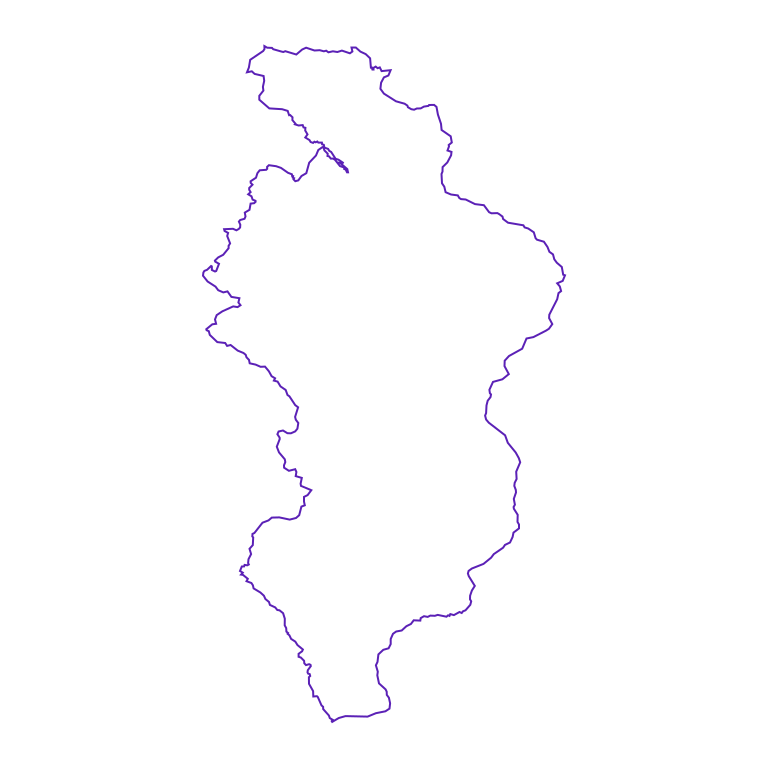 Jina, Sibiu, Romania
{"feature_id": "2599482B21479866695971", "entity_name": "Jina", "entity_type": "district", "adm_level": 2, "iso_a3": "ROU", "parent_name": "Romania", "parent_adm1": "Sibiu", "projection": "natural_earth1", "projection_center": [23.667, 45.651], "detail": "fine", "context": "isolated", "style": "outline", "palette": "violet", "viewbox_px": 768, "rotation_deg": 0, "n_neighbors": 0, "source": "geoboundaries", "source_scale": "gbopen_adm2", "svg_char_len": 6062}
<svg xmlns="http://www.w3.org/2000/svg" viewBox="0 0 768 768"><path d="M561.8,267.0L556.8,262.7L554.3,259.3L553.0,254.4L549.4,251.8L547.5,247.0L543.9,241.7L537.0,239.7L535.6,238.2L533.8,232.3L528.2,228.5L524.6,227.4L523.4,225.3L508.0,222.7L503.1,219.0L502.5,216.6L499.0,214.0L497.4,213.1L491.5,213.3L489.1,212.2L483.9,205.2L475.0,204.1L465.7,199.5L461.0,199.1L459.3,198.0L457.8,195.4L451.0,194.5L445.6,192.2L444.3,186.7L442.0,183.3L441.5,174.0L442.5,171.6L442.6,167.1L447.3,162.5L451.1,155.3L451.5,151.9L447.5,150.5L449.0,146.4L448.7,145.0L451.8,142.5L450.7,136.3L441.6,130.0L441.0,123.8L437.9,114.5L436.5,106.9L434.1,104.9L429.1,105.0L428.4,105.9L423.9,106.6L420.7,108.4L416.8,108.5L414.1,109.7L411.3,109.2L407.9,107.2L407.4,105.6L404.6,103.7L396.0,101.3L383.9,93.6L380.4,88.8L381.1,82.7L383.9,77.4L388.4,75.5L390.6,70.2L381.6,71.1L379.8,67.4L377.6,68.2L375.7,66.6L373.4,67.9L373.5,69.5L372.4,69.5L371.8,67.5L370.9,67.6L370.1,58.3L365.7,54.1L360.4,51.6L355.8,47.5L351.5,47.5L352.4,51.5L349.9,53.3L341.9,50.6L337.4,52.0L332.9,51.3L328.4,52.3L326.2,50.7L323.9,51.3L319.7,50.2L314.5,50.5L306.1,47.7L302.2,49.5L296.3,54.5L285.3,51.2L283.3,52.0L281.6,51.6L273.2,49.2L272.0,47.9L267.2,47.7L264.4,46.1L264.5,49.0L263.2,51.0L250.2,59.8L248.9,67.5L247.0,72.3L251.8,71.3L254.6,73.9L263.6,76.0L264.2,80.8L262.9,86.9L263.4,90.6L259.3,95.8L259.3,99.7L269.3,108.4L282.1,109.2L287.7,110.9L289.1,115.2L290.1,115.0L292.5,117.3L292.4,120.1L295.7,124.0L295.2,124.4L298.6,125.5L302.7,125.1L303.5,127.4L305.4,127.8L305.2,130.5L307.5,134.4L305.3,137.5L309.5,140.1L310.6,142.0L313.1,142.9L314.4,141.7L315.7,142.3L317.3,141.5L318.3,142.6L321.9,142.6L322.1,144.3L323.8,144.8L324.2,146.5L323.3,147.2L328.1,148.9L329.2,150.8L331.2,152.0L335.6,158.8L338.5,159.7L343.7,163.2L341.8,162.1L340.1,162.1L341.9,163.0L340.0,162.8L347.3,169.1L348.0,172.3L347.0,172.3L345.7,169.6L344.2,169.0L344.2,167.5L340.0,166.1L335.0,159.8L333.1,158.6L330.8,158.6L329.1,156.4L327.5,156.0L327.7,153.7L324.4,150.4L323.6,147.8L322.5,147.1L318.3,150.0L316.0,155.5L309.2,162.7L306.3,173.2L301.5,176.0L298.3,180.4L295.3,181.2L293.5,179.3L294.1,178.2L292.9,177.7L293.1,176.2L292.2,176.3L291.9,174.3L288.0,172.8L281.0,167.9L276.1,166.2L268.9,165.2L267.1,166.9L267.2,168.8L266.2,169.8L259.7,170.3L257.4,173.2L256.0,177.7L250.6,181.3L250.7,182.9L252.5,184.7L249.2,188.0L249.2,189.8L250.6,192.1L248.2,194.3L251.5,196.3L252.6,199.6L255.5,200.8L255.6,201.8L254.1,203.2L250.6,203.6L249.5,209.8L244.8,212.6L245.5,216.5L244.5,218.8L240.2,220.0L238.9,221.6L240.3,224.7L240.1,227.5L238.7,229.0L236.4,230.3L233.0,228.8L224.1,229.2L224.6,231.0L228.1,232.9L227.2,236.0L230.1,243.4L228.6,245.8L228.6,248.2L223.2,254.8L218.2,257.4L214.9,260.6L215.2,261.6L219.0,263.8L216.2,271.0L215.0,271.5L211.9,270.0L211.8,266.4L211.1,266.0L207.1,269.8L204.4,270.9L203.4,272.5L203.0,275.7L207.6,281.5L215.5,286.6L218.2,290.2L223.3,292.4L227.5,291.4L231.4,296.9L239.4,298.2L238.4,302.5L240.5,305.2L237.6,307.1L233.2,306.4L222.4,311.3L216.7,315.1L215.0,319.4L216.1,323.8L212.3,324.3L206.3,329.2L206.6,330.2L208.8,331.2L209.8,334.9L217.3,342.1L225.2,343.0L227.1,345.9L230.6,345.0L237.7,350.6L243.5,353.0L245.7,354.8L246.5,357.3L249.0,359.9L249.7,363.3L255.6,364.6L260.6,366.8L265.0,366.6L268.9,371.3L271.6,376.2L275.1,378.3L273.9,380.6L277.6,381.6L280.5,386.4L285.7,390.0L287.5,395.0L289.4,396.3L295.2,405.1L298.1,407.3L295.1,416.9L295.8,419.7L298.3,423.0L297.4,428.7L295.2,431.4L290.9,433.3L287.4,433.2L283.0,430.5L278.6,431.5L277.4,434.2L279.6,437.6L279.7,439.1L276.8,446.7L279.0,452.4L284.8,459.3L285.3,462.1L284.0,465.3L284.1,467.7L288.9,470.8L295.2,469.2L296.4,472.0L295.7,476.1L301.8,477.9L300.6,483.7L301.0,485.9L311.3,490.2L307.6,495.1L304.0,496.9L304.0,501.6L304.8,505.3L301.4,506.6L299.2,515.2L296.0,518.0L289.7,519.6L279.3,517.4L271.8,517.6L268.5,520.4L262.5,522.7L254.4,533.0L252.5,533.9L252.3,536.4L253.2,537.4L252.8,545.1L249.5,548.8L251.1,554.1L248.5,559.2L248.1,563.1L248.8,564.5L247.3,565.3L244.6,564.9L244.1,566.4L241.8,566.5L240.0,571.0L242.8,572.7L241.1,574.6L243.0,574.9L247.8,578.8L246.5,581.2L251.4,583.0L252.9,585.3L253.6,588.4L260.4,592.5L263.9,595.7L265.4,599.0L269.0,602.0L269.9,604.9L275.2,607.4L277.3,610.0L279.5,610.3L283.1,613.2L284.8,618.7L284.7,625.3L286.2,628.1L286.4,631.6L288.1,633.0L287.6,633.8L289.4,635.3L291.1,638.9L295.3,641.6L297.5,645.1L302.9,649.5L302.1,651.3L298.6,653.8L298.6,656.8L300.8,657.5L304.1,660.8L304.3,663.3L306.0,665.1L309.1,664.2L310.5,664.8L310.8,666.1L307.8,670.2L307.5,672.3L308.1,673.6L309.7,674.1L310.2,676.0L308.9,677.2L309.0,683.8L313.1,691.1L313.3,696.5L316.9,696.2L317.8,697.0L321.5,705.4L323.1,706.8L323.2,709.1L328.9,715.5L329.8,718.1L332.7,719.8L331.7,721.1L332.2,721.9L338.8,718.0L345.5,716.1L367.6,716.6L375.9,713.2L385.4,711.3L389.5,708.6L390.1,703.3L388.9,697.7L386.8,694.9L386.7,691.7L385.6,689.4L379.0,683.4L377.3,675.3L377.8,671.7L375.9,665.3L377.5,661.9L378.4,654.4L383.3,649.8L388.6,648.3L390.7,644.1L390.7,639.0L393.0,633.8L396.2,631.5L401.7,630.5L406.4,626.2L410.9,624.0L413.7,620.3L420.3,620.6L420.7,618.1L424.0,616.2L427.7,616.9L430.3,615.6L434.9,615.8L437.7,614.9L446.5,616.7L448.1,615.3L449.5,615.9L450.3,614.1L453.9,615.1L459.5,612.0L461.7,613.0L463.0,611.3L465.5,610.3L470.3,604.8L471.2,601.3L470.0,599.3L470.1,595.7L471.9,590.5L474.8,585.9L468.8,576.2L467.9,573.5L468.6,570.9L471.9,568.5L483.5,563.9L491.1,557.7L493.8,554.1L503.1,547.7L505.0,544.9L510.0,542.5L512.6,537.0L513.5,532.6L519.0,528.4L519.0,524.5L517.5,521.9L517.7,514.8L513.9,508.8L513.6,507.0L514.9,504.7L513.8,498.9L516.0,492.5L515.8,489.9L514.3,485.9L514.7,482.8L516.6,479.0L516.2,471.7L520.2,462.3L518.8,458.1L515.7,452.5L507.8,442.8L505.1,435.3L488.8,422.7L486.1,419.5L485.1,415.6L486.1,413.1L486.5,405.4L487.7,400.7L490.5,397.1L491.0,394.4L489.9,393.2L489.4,389.8L493.0,381.9L502.4,379.3L508.8,374.1L504.5,366.1L504.7,360.7L509.0,356.0L522.2,348.7L526.5,338.5L533.4,337.1L545.9,330.7L548.9,328.8L552.3,324.1L549.1,318.1L549.3,314.7L557.2,299.2L558.5,293.1L561.1,291.1L559.8,286.4L557.2,283.3L562.7,280.9L565.0,275.3L563.2,274.7L561.8,267.0Z" fill="none" stroke="#5b21b6" stroke-width="2"/></svg>